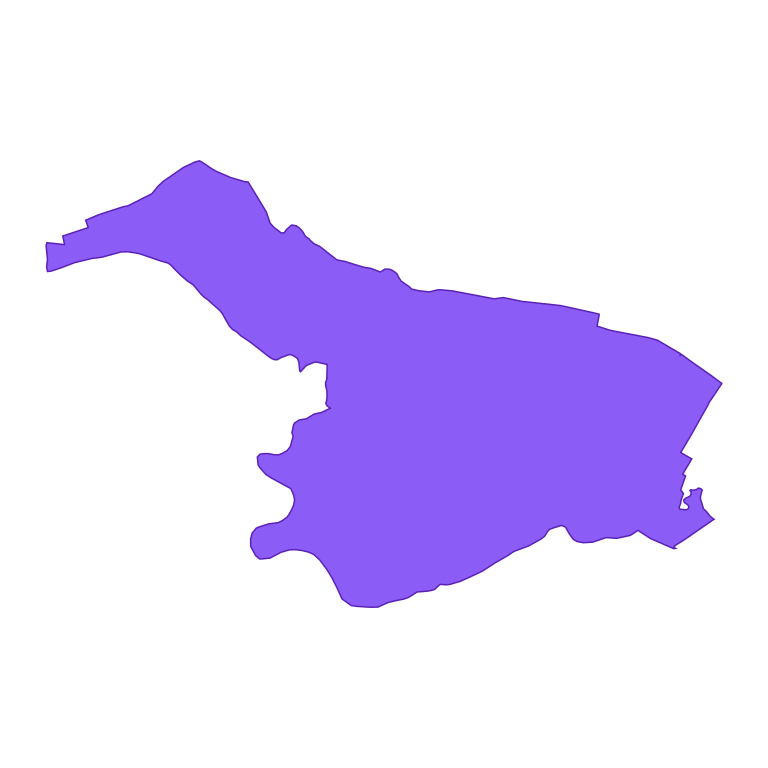 Banjul North, Banjul, Gambia
{"feature_id": "56634734B93236052329958", "entity_name": "Banjul North", "entity_type": "district", "adm_level": 2, "iso_a3": "GMB", "parent_name": "Gambia", "parent_adm1": "Banjul", "projection": "mercator", "projection_center": [-16.6, 13.458], "detail": "fine", "context": "isolated", "style": "filled", "palette": "violet", "viewbox_px": 768, "rotation_deg": 0, "n_neighbors": 0, "source": "geoboundaries", "source_scale": "gbopen_adm2", "svg_char_len": 4065}
<svg xmlns="http://www.w3.org/2000/svg" viewBox="0 0 768 768"><path d="M599.6,314.3L595.7,313.3L560.8,305.6L525.9,301.8L522.4,301.5L503.5,297.6L496.2,298.5L494.5,298.9L475.7,295.3L452.3,290.9L440.8,289.8L437.9,289.8L429.3,291.9L423.1,291.2L418.7,290.7L411.7,289.1L409.2,286.7L405.5,284.2L401.0,281.0L398.5,276.9L396.8,273.6L393.5,271.1L390.7,269.5L387.8,269.1L384.9,269.1L380.4,272.0L371.0,268.4L363.6,267.2L355.7,264.8L345.1,261.5L336.9,259.9L319.4,246.2L314.1,243.8L310.4,240.5L309.1,238.9L305.4,236.4L302.9,231.9L299.2,227.8L296.3,225.8L291.8,225.0L286.9,229.1L284.1,232.9L281.2,232.9L273.8,227.2L270.1,223.1L266.3,211.9L252.7,189.4L248.1,182.0L244.4,181.6L230.5,177.5L216.5,171.4L211.5,168.6L205.0,164.1L199.6,160.8L194.7,162.1L183.3,167.5L163.3,181.3L158.0,186.3L151.9,193.7L127.8,205.9L123.3,206.7L98.7,214.7L85.7,220.2L88.2,227.6L62.8,236.0L64.5,244.6L46.9,242.7L46.1,245.6L47.4,258.8L47.4,260.0L46.6,267.0L47.5,271.5L51.2,271.1L61.4,267.7L74.5,262.7L91.7,258.5L101.9,257.2L121.3,251.9L127.9,251.8L135.7,253.0L139.8,253.8L159.9,260.7L168.1,263.1L170.6,264.8L173.5,268.0L180.9,275.4L187.5,281.1L193.2,284.8L200.7,293.8L204.0,297.1L207.7,299.6L213.9,305.3L219.6,310.2L222.5,313.9L225.4,319.2L227.5,322.9L229.2,325.8L232.5,329.5L236.2,331.5L241.1,336.0L244.4,338.1L249.8,341.8L257.2,347.5L267.1,355.3L271.6,358.5L274.5,359.7L277.3,359.7L281.0,357.6L288.8,354.7L291.2,354.7L294.5,356.3L297.4,358.4L298.9,362.3L299.7,370.9L300.6,371.7L306.3,365.5L314.4,362.2L316.9,362.1L317.3,362.2L327.2,364.5L327.1,366.9L326.8,379.4L325.6,382.3L325.7,386.0L326.9,390.9L327.0,396.7L326.6,400.8L325.8,403.3L327.0,405.8L330.3,408.2L326.2,410.2L321.7,412.4L314.0,414.1L306.6,418.7L299.2,420.0L294.7,422.9L293.5,425.0L291.9,432.8L293.2,436.1L290.4,446.4L288.8,448.5L287.1,450.6L282.2,453.5L278.6,454.8L274.5,454.8L268.3,453.6L264.2,453.6L260.1,454.1L257.3,457.0L257.7,460.3L258.1,464.8L260.2,468.1L266.0,474.6L271.5,478.1L288.8,487.5L290.9,488.7L292.5,492.4L293.8,495.7L294.6,500.2L293.4,506.0L289.4,513.9L287.0,517.2L282.5,520.5L278.4,522.6L268.6,523.9L259.2,526.9L256.3,528.1L252.2,533.1L250.6,538.9L250.7,546.3L252.8,550.4L255.7,555.7L259.8,559.0L261.0,559.0L270.0,558.1L281.0,552.3L289.6,549.8L295.8,549.7L301.9,550.5L308.5,552.1L313.8,554.5L320.0,560.3L327.0,569.7L332.0,577.9L337.4,588.6L342.0,598.9L351.3,605.6L357.4,606.4L369.7,607.2L377.9,607.1L388.1,602.5L397.1,600.4L403.7,599.1L408.6,597.4L417.1,592.0L427.8,591.1L431.9,590.3L434.7,589.4L440.0,584.4L446.2,584.8L449.9,584.4L460.1,581.4L469.5,577.2L482.6,571.0L494.8,563.0L507.1,556.0L514.0,551.4L528.7,545.9L541.4,538.8L544.6,536.3L547.1,532.2L549.5,529.3L554.4,527.6L561.4,525.5L561.8,525.5L565.5,527.1L569.2,533.7L573.3,539.4L577.0,541.5L583.2,542.7L592.6,542.2L606.1,537.6L616.8,538.3L630.3,535.4L637.5,530.7L637.9,530.4L638.0,530.4L639.1,531.1L650.4,538.5L673.8,548.7L675.5,548.4L673.7,547.5L675.4,545.3L683.4,540.4L713.8,519.4L714.1,519.2L712.9,518.5L710.2,516.3L706.6,511.7L703.4,508.6L702.1,504.0L701.0,500.8L700.9,500.5L700.5,499.3L700.5,496.4L702.0,490.7L702.3,490.3L700.8,488.6L698.3,488.1L696.3,489.7L692.9,490.2L690.9,489.7L689.9,490.7L691.1,491.9L691.1,494.3L689.8,496.3L685.6,498.2L683.6,500.1L684.3,502.4L685.4,503.1L687.8,504.9L688.8,506.6L688.3,508.8L686.3,509.8L679.9,509.2L679.1,507.5L680.6,503.5L681.1,499.9L683.5,493.6L681.8,491.3L681.3,490.8L680.6,490.2L685.6,475.9L682.8,474.4L683.3,473.3L684.0,472.0L684.5,471.1L685.6,469.3L686.6,467.6L687.3,466.5L688.7,464.2L691.6,459.2L691.8,458.9L684.4,454.7L684.0,454.4L680.9,452.6L680.7,452.5L683.4,448.0L684.3,446.6L685.7,444.1L686.9,442.2L687.3,441.4L690.0,437.0L691.3,434.7L694.1,429.7L695.6,427.0L699.6,419.9L701.4,416.7L707.2,406.4L708.6,403.9L708.6,403.3L710.1,401.0L714.4,394.7L718.9,387.9L721.8,383.7L721.6,383.2L720.9,382.7L719.7,381.9L709.5,374.3L707.7,373.1L703.3,370.0L692.0,362.1L682.4,355.1L681.5,354.5L680.2,355.2L680.4,353.7L657.5,340.2L655.8,339.7L647.7,337.5L641.8,336.4L637.0,335.4L628.1,333.8L625.4,333.3L610.2,330.3L599.8,327.0L597.0,326.1L597.1,325.9L599.3,314.3L599.6,314.3Z" fill="#8b5cf6" stroke="#5b21b6" stroke-width="1.5"/></svg>